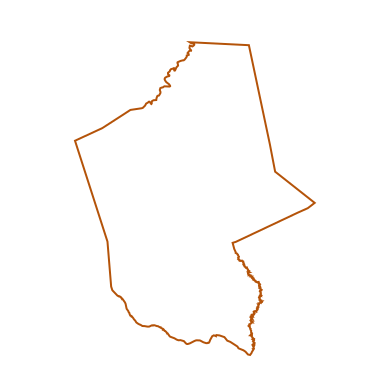 Siavonga, Southern, Zambia, rotated 98°
{"feature_id": "96606910B78484131600253", "entity_name": "Siavonga", "entity_type": "district", "adm_level": 2, "iso_a3": "ZMB", "parent_name": "Zambia", "parent_adm1": "Southern", "projection": "natural_earth1", "projection_center": [28.625, -16.409], "detail": "fine", "context": "isolated", "style": "outline", "palette": "amber", "viewbox_px": 384, "rotation_deg": 98, "n_neighbors": 0, "source": "geoboundaries", "source_scale": "gbopen_adm2", "svg_char_len": 5995}
<svg xmlns="http://www.w3.org/2000/svg" viewBox="0 0 384 384"><g transform="rotate(98 192 192)"><path d="M38.7,156.1L44.0,215.1L44.8,213.4L44.9,211.1L45.0,210.7L45.4,210.3L46.1,210.3L46.8,210.8L47.8,211.8L47.4,214.0L47.4,214.5L49.7,214.6L50.6,214.0L51.8,212.6L52.3,212.7L52.2,213.7L52.6,214.2L54.6,215.5L55.0,215.7L55.6,214.7L56.6,214.3L57.1,215.1L57.5,216.2L57.8,216.2L58.3,216.0L59.4,216.3L61.9,217.7L62.8,218.6L62.9,219.4L63.8,221.6L65.5,224.3L66.2,224.4L67.0,223.9L68.8,223.4L70.8,224.8L74.0,225.7L74.2,226.3L73.8,226.6L73.6,226.7L73.3,226.0L72.4,226.3L71.9,226.8L72.0,227.5L72.4,227.9L73.3,229.9L74.4,230.6L75.7,230.9L77.2,232.3L78.5,232.2L78.9,231.8L79.5,230.7L80.0,230.6L80.4,230.8L81.1,232.6L82.5,234.4L83.3,234.8L84.5,234.7L85.7,233.8L86.8,232.7L88.5,229.7L89.8,228.5L90.3,228.4L90.7,228.9L91.2,234.1L92.5,235.5L92.7,236.3L93.5,237.8L95.5,238.1L97.4,237.1L98.6,237.1L100.8,238.0L101.2,238.3L101.5,239.4L101.8,239.7L104.1,240.2L105.9,240.2L106.5,242.9L107.5,244.2L108.4,244.4L110.0,244.2L110.5,244.5L110.1,245.2L108.9,246.0L108.5,246.8L108.6,247.3L109.7,248.2L110.8,249.7L113.0,250.5L115.6,252.5L116.1,253.6L119.3,264.4L141.2,289.7L157.5,315.0L252.9,268.8L296.9,258.9L300.4,257.2L305.0,251.4L305.6,249.8L305.3,249.7L305.8,248.1L307.3,246.8L307.0,246.7L307.6,245.9L310.7,243.0L312.0,242.2L316.7,240.5L318.8,238.5L319.7,238.1L320.5,237.2L321.2,237.0L323.0,235.9L323.2,235.4L323.1,234.8L323.5,234.5L323.8,234.4L323.7,234.1L325.1,232.6L326.2,231.7L327.3,230.3L328.9,229.0L330.0,226.9L330.6,225.2L330.6,224.7L331.6,222.5L331.4,220.3L331.5,217.3L331.2,215.6L329.7,213.3L329.7,212.2L329.4,212.1L329.2,210.5L329.7,207.9L329.6,207.1L330.5,204.8L330.3,204.2L330.9,203.8L331.5,201.9L332.0,201.8L331.7,201.5L332.0,201.0L332.4,200.6L332.6,200.7L333.4,199.7L333.4,199.1L334.6,197.6L335.0,197.4L335.2,196.8L335.6,196.8L335.6,196.3L338.1,193.9L338.4,193.1L339.3,189.0L340.3,186.7L340.7,184.8L340.3,182.8L340.8,179.3L342.8,176.9L343.2,176.0L343.1,175.0L342.2,173.1L339.1,168.7L338.3,167.2L337.9,163.9L338.0,163.1L339.2,159.9L339.7,157.0L339.6,156.0L339.0,155.1L339.1,154.5L338.1,153.9L335.9,153.4L332.0,151.9L330.9,150.4L331.4,148.3L330.8,148.4L330.3,148.0L330.2,144.8L331.2,139.7L334.3,136.4L335.1,133.2L337.7,127.6L338.7,125.5L340.3,124.2L341.6,119.0L342.7,116.8L345.1,114.0L345.3,111.8L343.3,110.7L342.3,110.5L339.1,109.1L338.8,109.7L338.2,109.0L336.7,109.8L336.5,109.3L335.7,109.1L335.8,110.1L335.0,110.9L334.5,110.6L334.1,109.8L333.9,109.8L333.8,109.6L334.3,109.6L334.1,109.3L333.9,109.0L333.2,109.0L333.3,109.4L332.8,109.3L332.7,109.9L332.5,110.1L331.1,110.1L331.1,110.3L330.8,110.1L330.5,110.7L330.0,110.7L329.5,111.5L329.0,110.7L329.4,110.0L328.9,110.0L328.8,110.5L328.5,110.8L328.8,111.3L327.6,111.9L326.9,112.7L326.5,112.7L326.6,113.4L326.4,113.0L326.0,113.3L326.0,113.8L325.3,113.7L325.4,114.1L324.7,113.6L324.9,112.8L324.2,112.9L323.7,113.4L323.4,113.1L322.6,114.0L321.1,114.1L320.1,115.0L319.3,114.9L319.0,115.4L316.9,116.5L316.8,116.9L317.0,117.0L316.8,117.3L316.3,116.8L316.5,116.2L316.0,116.3L315.4,116.9L315.1,116.9L314.7,116.1L314.7,116.5L314.3,115.6L313.5,115.1L313.2,114.7L312.7,114.9L312.7,114.4L312.3,114.9L312.0,114.3L311.8,114.7L312.0,115.3L311.5,115.4L311.0,115.3L310.9,116.1L310.6,116.0L310.6,115.6L309.7,115.7L309.5,115.3L309.1,115.3L309.0,115.1L309.2,114.7L308.9,114.9L308.8,115.5L308.2,115.8L308.1,116.1L308.3,116.2L308.0,116.5L307.8,116.0L307.2,116.2L307.2,115.9L306.9,115.9L307.0,115.5L307.0,115.1L306.6,115.6L306.0,115.6L305.9,115.5L306.2,115.3L306.1,114.6L305.7,114.8L305.4,114.4L305.1,114.7L305.0,113.9L304.9,114.3L304.6,113.5L303.8,113.2L303.5,114.0L302.9,114.0L302.5,113.7L301.9,113.7L301.8,113.3L301.6,113.9L301.4,113.8L301.2,112.9L301.3,112.8L301.5,113.2L301.6,112.9L301.1,112.4L301.3,112.1L300.8,112.1L300.6,111.9L300.7,111.5L300.2,111.3L299.5,111.3L299.5,110.9L298.9,110.8L298.3,110.9L297.9,111.5L297.4,111.2L296.9,111.3L296.8,111.1L297.3,110.6L296.3,110.6L296.3,110.3L295.2,110.6L294.5,110.2L294.0,110.8L293.9,110.4L293.3,110.5L293.5,110.0L292.7,109.7L292.4,109.2L291.9,108.9L291.5,109.0L291.5,108.4L291.2,108.1L291.6,107.9L290.9,107.5L291.1,108.0L290.8,108.3L290.7,108.1L290.4,108.1L290.5,107.8L290.2,107.9L290.5,108.5L290.1,108.9L289.6,109.0L289.5,109.6L289.1,109.3L288.6,109.8L288.6,110.2L288.1,110.2L287.7,110.6L287.4,110.4L287.1,111.0L286.0,110.7L286.3,110.4L286.0,110.1L285.4,110.2L285.4,109.7L285.2,109.9L284.7,109.2L284.5,109.6L283.7,109.6L283.4,110.0L282.8,109.7L282.0,109.9L281.0,111.0L280.4,110.8L279.8,110.0L279.8,109.6L279.5,109.5L279.5,110.5L278.9,110.2L278.8,110.4L278.2,110.6L278.1,110.9L278.0,110.7L277.8,110.8L278.0,111.3L277.8,111.6L277.1,111.5L276.8,112.2L275.7,112.5L275.8,111.6L274.6,112.3L274.3,112.4L274.1,112.1L273.9,112.4L273.6,112.3L273.3,113.1L272.2,113.2L272.2,114.1L272.5,114.2L272.4,114.4L272.0,114.3L272.3,115.3L272.1,116.0L271.9,115.9L271.5,116.8L271.0,116.8L270.9,117.1L271.2,117.0L271.0,117.6L270.8,117.7L270.6,118.3L270.4,118.0L269.9,118.4L269.4,119.1L269.5,119.7L269.3,120.0L268.7,120.2L268.5,119.8L268.3,120.2L268.4,120.4L268.2,120.7L267.3,120.5L267.4,121.5L267.5,121.6L267.5,121.4L267.8,121.5L267.4,121.8L267.1,121.8L267.1,122.5L266.4,123.8L266.2,123.9L266.1,123.7L266.0,124.2L266.3,124.5L265.5,124.7L265.2,125.2L264.3,125.2L264.0,124.7L263.8,124.3L263.7,125.1L263.9,125.3L263.6,125.6L263.1,124.4L262.4,125.2L262.1,124.7L261.6,125.6L260.9,125.8L259.7,127.4L259.5,127.1L259.6,126.9L259.0,127.2L259.2,127.9L259.5,127.7L259.6,128.1L258.7,129.0L258.5,129.6L258.0,129.9L257.8,129.7L257.6,129.9L256.7,130.1L256.7,130.7L257.0,130.7L256.6,131.1L255.7,130.8L255.4,131.2L254.8,131.2L254.4,131.7L254.1,131.7L254.1,131.4L253.6,131.6L253.5,132.6L253.0,133.0L253.5,134.1L253.5,134.7L253.3,134.6L252.9,135.1L252.8,135.6L252.6,135.8L252.7,136.1L252.4,136.5L252.2,136.1L250.8,137.2L249.8,136.5L249.5,136.5L248.8,137.3L247.7,137.8L247.7,138.1L246.7,138.9L246.3,140.3L245.4,140.4L242.6,142.2L236.7,144.7L235.3,141.7L198.0,84.8L191.9,75.1L185.7,69.0L160.3,112.5L134.0,121.5L38.7,156.1Z" fill="none" stroke="#b45309" stroke-width="2"/></g></svg>